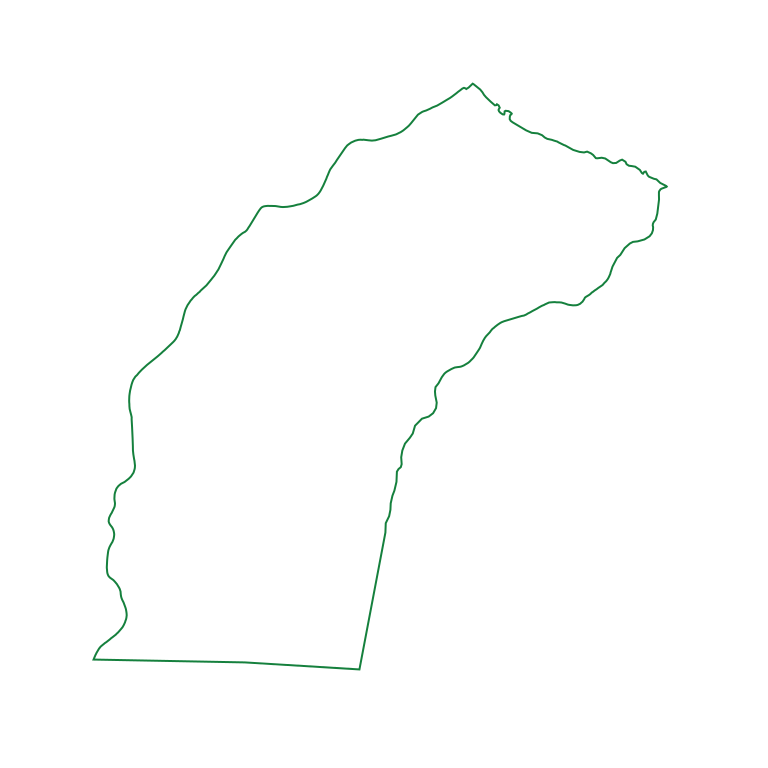 Industry, Choiseul, Saint Lucia (Mercator projection), rotated 187°
{"feature_id": "8701671B28263897430178", "entity_name": "Industry", "entity_type": "district", "adm_level": 2, "iso_a3": "LCA", "parent_name": "Saint Lucia", "parent_adm1": "Choiseul", "projection": "mercator", "projection_center": [-61.06, 13.791], "detail": "fine", "context": "isolated", "style": "outline", "palette": "green", "viewbox_px": 768, "rotation_deg": 187, "n_neighbors": 0, "source": "geoboundaries", "source_scale": "gbopen_adm2", "svg_char_len": 6133}
<svg xmlns="http://www.w3.org/2000/svg" viewBox="0 0 768 768"><g transform="rotate(187 384 384)"><path d="M638.7,75.1L488.3,90.7L373.6,97.7L364.5,236.7L365.3,246.1L362.8,253.4L362.3,259.9L362.8,266.4L362.0,274.2L360.7,279.4L359.7,288.4L360.2,294.7L360.5,298.6L359.2,301.4L357.2,303.5L356.7,306.6L358.0,313.4L357.7,320.2L355.9,327.4L351.7,333.9L349.4,338.4L348.1,346.4L342.1,354.2L335.7,357.1L331.7,361.0L329.4,366.4L329.4,371.9L331.7,378.9L332.5,382.8L332.5,387.2L330.0,391.3L327.5,397.7L326.8,399.0L325.4,401.5L324.4,402.7L323.8,403.3L322.8,404.2L318.9,407.1L316.6,408.5L315.7,409.0L313.2,409.7L311.5,410.1L310.4,410.4L309.2,410.9L307.1,412.1L303.5,414.9L302.8,415.5L301.7,416.7L300.1,418.8L299.5,419.5L298.3,421.2L295.6,426.5L294.0,429.7L293.1,431.7L292.0,435.5L290.8,439.1L289.5,442.1L288.4,444.0L285.3,448.2L284.2,450.2L283.0,452.0L282.0,452.9L280.8,454.3L278.4,456.7L276.1,458.7L274.7,459.7L272.3,461.0L258.2,467.2L255.6,468.3L253.4,469.0L251.1,470.4L250.1,471.3L247.7,472.9L245.6,474.5L241.4,477.4L239.4,479.0L236.9,480.8L234.6,482.1L234.0,482.6L230.1,485.0L226.7,485.7L224.5,486.1L222.3,486.1L220.2,486.4L217.8,486.5L214.8,486.0L214.1,485.9L211.1,485.2L209.5,485.1L206.0,485.1L204.7,485.3L202.9,485.6L202.2,485.8L201.0,486.3L198.9,487.7L198.4,488.4L197.0,489.9L195.7,492.5L195.1,494.2L194.2,495.1L191.5,497.2L190.4,498.2L188.7,500.3L188.2,500.6L186.2,502.6L184.5,504.0L183.1,505.4L181.6,506.7L179.1,508.9L177.6,511.2L176.1,513.0L175.5,514.0L174.7,515.4L174.0,517.1L173.3,519.3L172.8,521.0L172.7,522.3L172.3,524.2L171.8,526.8L171.5,528.4L168.0,537.6L165.2,540.9L161.7,548.2L157.1,553.4L154.2,555.4L149.6,556.5L143.1,559.2L138.4,563.0L136.5,566.2L135.8,569.5L136.0,572.5L136.6,574.1L136.6,575.8L136.1,577.5L134.3,580.4L133.5,586.4L133.5,600.6L134.1,604.7L134.5,608.0L134.3,609.0L133.2,611.0L132.1,611.8L129.2,613.3L127.9,613.9L127.4,614.4L127.9,614.9L134.3,617.2L138.5,620.3L141.2,620.6L146.2,622.0L147.6,623.1L150.1,626.8L151.5,626.3L152.6,624.3L153.7,624.8L156.2,627.7L161.1,630.3L164.7,630.5L167.5,630.5L170.0,631.7L171.4,634.0L175.0,635.7L177.2,634.5L180.5,631.7L183.6,631.1L185.8,631.7L191.9,634.8L195.5,635.1L199.9,634.0L201.3,634.0L204.3,636.8L206.8,638.2L210.7,639.4L213.7,638.2L218.2,638.2L224.8,639.4L233.1,642.8L234.5,643.1L240.5,645.2L241.4,645.7L244.9,646.3L247.2,646.8L251.8,647.2L254.4,648.2L257.4,650.2L262.0,651.5L268.0,651.3L273.9,653.1L288.2,659.4L290.3,660.6L291.5,662.2L291.7,664.9L291.3,666.5L290.4,667.2L290.2,668.0L291.3,668.8L293.6,670.0L296.6,670.0L297.5,669.3L297.4,666.7L297.7,666.1L299.1,666.1L301.6,667.4L303.0,668.6L303.7,669.9L303.5,670.9L302.8,672.3L304.2,674.5L306.0,675.4L306.5,674.5L307.9,674.1L312.5,677.2L317.7,681.1L320.0,683.2L321.8,685.5L324.4,688.0L331.8,692.6L332.6,692.9L336.1,688.6L338.3,686.8L339.0,687.3L340.7,687.7L342.2,686.8L344.3,684.7L346.0,683.1L347.7,681.3L351.5,677.6L353.4,675.9L356.9,673.2L358.9,671.6L360.7,670.2L365.2,666.8L369.6,664.4L371.7,662.9L374.5,661.2L375.5,660.6L378.1,659.4L379.3,658.7L380.5,657.7L383.1,655.5L384.8,652.8L388.9,646.2L390.8,643.4L392.2,641.8L395.7,638.1L396.5,637.4L398.3,635.9L399.3,635.3L401.7,633.7L402.7,633.1L407.0,631.3L409.9,630.2L416.6,627.2L422.1,624.9L425.7,624.1L429.1,624.0L434.2,624.0L435.2,623.7L437.1,623.6L439.1,623.2L440.4,622.7L442.2,622.0L446.0,619.7L448.3,617.6L449.6,616.3L451.4,613.4L458.1,600.5L459.4,597.7L461.3,594.5L463.5,590.5L464.0,589.0L464.7,586.6L465.1,585.0L465.9,582.4L466.2,580.9L467.0,578.3L468.5,573.4L470.4,568.4L471.1,566.9L472.3,564.8L473.6,563.1L474.6,562.1L477.7,559.5L479.3,558.3L482.7,555.8L483.9,555.0L486.0,553.8L489.4,552.2L491.7,551.5L495.5,549.9L498.1,549.1L501.6,548.1L505.9,547.3L508.0,547.2L513.3,547.4L516.6,547.1L521.3,546.6L523.0,546.2L523.8,546.0L525.0,545.6L526.1,545.0L526.9,544.4L527.8,543.3L529.0,541.2L530.2,538.8L536.6,524.6L537.7,522.5L538.3,521.1L539.1,519.7L540.4,518.2L542.5,516.7L543.8,515.5L545.6,513.6L546.5,512.6L548.1,510.4L549.2,509.1L553.1,501.8L555.4,497.4L556.4,495.4L557.8,491.4L558.5,488.9L560.3,483.4L562.4,477.3L563.0,476.2L563.9,474.3L565.7,470.7L567.4,468.0L568.1,466.8L572.3,460.2L573.6,458.7L576.1,455.8L577.3,454.4L578.2,453.0L579.6,451.6L580.2,450.8L581.5,449.3L582.6,448.3L584.1,446.3L585.3,444.3L586.0,443.4L587.2,441.0L588.6,438.3L590.1,433.9L590.5,431.9L591.2,426.7L591.5,423.9L592.4,418.0L592.6,416.9L593.2,412.5L593.6,411.3L593.9,409.5L595.1,405.6L595.5,404.9L596.0,403.6L597.3,401.4L598.4,399.9L605.9,390.8L607.4,389.2L608.7,387.6L612.1,383.8L621.5,374.1L626.1,368.7L628.7,365.2L630.2,362.8L631.7,361.0L633.4,357.5L634.0,355.2L634.5,352.6L634.9,349.0L635.2,346.5L635.3,343.3L635.3,341.1L635.1,338.6L634.9,336.4L634.6,334.5L634.3,333.1L634.0,331.0L633.4,328.2L632.3,325.3L631.3,322.8L630.4,320.3L630.2,318.3L628.7,310.0L626.9,299.4L625.7,291.8L625.1,287.5L624.2,283.6L623.0,279.4L622.3,277.3L621.2,272.6L621.1,270.9L621.1,269.8L621.2,268.8L621.8,265.5L623.4,262.3L623.8,261.5L624.6,260.4L625.2,259.7L625.7,259.0L629.6,255.1L632.9,252.9L635.1,250.5L635.8,249.4L636.8,247.6L637.6,244.1L637.8,242.9L637.9,241.4L637.7,238.3L637.6,237.1L636.9,234.4L636.5,233.0L636.4,232.0L636.4,230.1L636.6,228.8L637.3,226.7L638.6,222.8L639.2,221.6L639.7,220.3L640.5,217.8L640.6,216.3L640.6,215.3L640.5,213.9L640.0,212.8L639.6,212.1L638.7,210.9L636.3,208.5L635.5,207.3L635.1,206.7L634.5,205.4L634.0,204.0L633.5,202.2L633.4,201.0L633.4,199.4L633.5,197.4L634.3,194.2L635.0,192.7L635.8,190.8L636.6,188.6L636.8,187.8L637.3,185.4L637.4,183.7L637.4,181.8L637.4,178.1L637.3,175.4L636.8,168.4L636.6,167.2L636.3,166.0L636.0,164.4L635.6,162.8L635.0,161.4L634.3,160.2L633.8,159.6L632.4,158.4L628.7,156.4L626.7,154.7L624.6,152.7L623.6,151.4L622.3,149.8L621.4,148.5L620.2,145.9L619.6,143.0L619.1,141.2L618.5,139.7L617.6,138.0L615.8,135.3L613.4,130.6L612.7,129.0L612.0,126.7L611.6,125.2L611.2,123.1L611.2,121.8L611.2,120.5L611.4,118.7L611.7,117.7L612.0,115.9L612.9,113.1L613.9,110.7L616.7,106.4L617.9,104.7L619.0,103.5L619.5,102.7L622.7,99.5L623.8,98.5L625.0,97.1L628.3,93.8L629.5,92.8L630.5,91.7L631.1,91.1L632.7,89.4L633.5,88.5L633.7,87.9L634.4,87.0L635.0,85.7L636.0,83.4L636.6,82.0L636.8,81.3L637.3,80.0L638.1,77.3L638.7,75.1Z" fill="none" stroke="#15803d" stroke-width="2"/></g></svg>